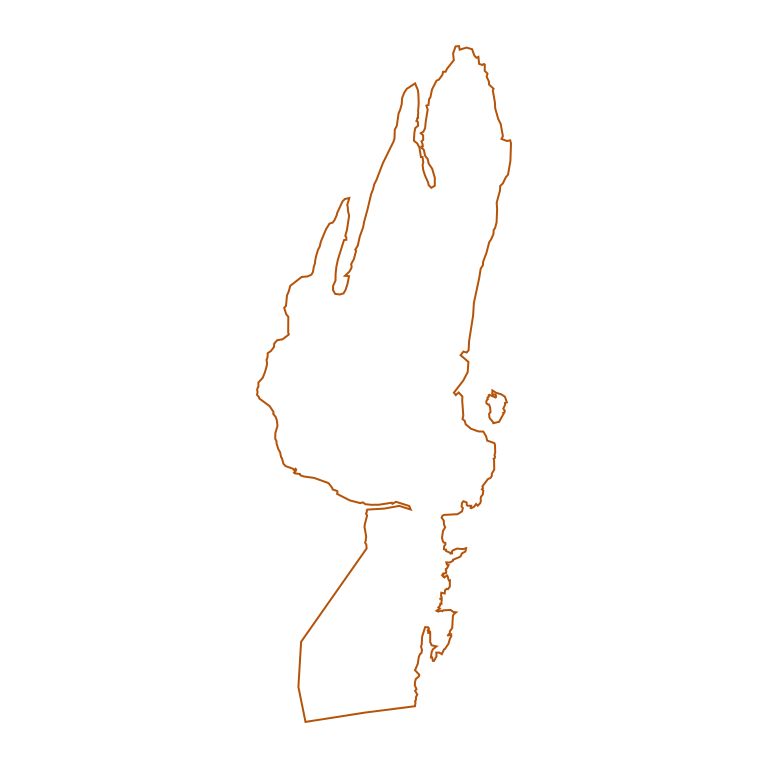 Lyngen nor, Troms, Norway (Albers equal-area conic projection)
{"feature_id": "86288312B24921561512033", "entity_name": "Lyngen nor", "entity_type": "district", "adm_level": 2, "iso_a3": "NOR", "parent_name": "Norway", "parent_adm1": "Troms", "projection": "albers", "projection_center": [20.09, 69.689], "detail": "fine", "context": "isolated", "style": "outline", "palette": "amber", "viewbox_px": 768, "rotation_deg": 0, "n_neighbors": 0, "source": "geoboundaries", "source_scale": "gbopen_adm2", "svg_char_len": 6092}
<svg xmlns="http://www.w3.org/2000/svg" viewBox="0 0 768 768"><path d="M305.5,721.9L364.8,712.6L415.0,706.2L415.5,702.5L415.0,701.3L415.9,700.1L416.0,697.1L417.3,694.6L415.1,690.8L416.5,689.2L414.7,685.0L415.1,683.8L414.8,682.9L415.8,679.0L418.9,676.4L419.3,674.8L415.0,670.2L417.8,663.7L418.8,656.9L420.0,654.2L421.4,653.0L422.0,650.0L421.0,646.6L421.7,644.5L422.1,636.8L425.1,627.2L428.2,627.3L428.9,628.4L427.7,630.5L428.4,631.5L428.2,632.9L429.1,633.0L429.3,630.8L430.2,632.0L430.2,642.1L431.6,645.3L436.5,646.4L432.9,649.3L431.7,651.8L430.9,657.4L432.1,657.4L432.9,660.9L434.0,660.9L436.5,656.4L436.3,652.6L439.4,652.6L441.8,654.2L444.0,649.4L445.0,648.9L448.5,643.7L450.0,638.5L451.3,636.3L451.2,634.4L447.4,635.8L449.8,633.1L449.9,631.2L452.2,628.1L452.9,615.9L453.7,614.3L456.1,612.3L453.3,611.9L450.6,610.0L443.3,610.3L442.4,611.2L441.1,610.6L438.2,611.6L436.6,610.8L439.8,608.4L438.4,607.4L439.9,605.8L440.3,603.8L441.4,604.0L441.5,600.8L441.8,600.1L441.6,599.0L439.5,598.9L441.7,598.2L441.5,596.6L441.0,595.9L441.3,592.7L444.7,593.5L445.0,590.2L446.7,588.8L447.9,589.2L449.8,586.7L449.9,580.4L449.1,580.7L448.4,579.4L447.7,576.3L447.0,575.4L444.3,577.5L442.9,576.3L443.3,575.3L442.2,575.0L443.2,573.5L446.0,573.1L446.3,571.2L445.8,570.3L445.8,569.0L446.9,568.5L448.6,565.1L446.9,564.5L446.3,562.4L450.0,562.5L453.1,560.6L453.1,559.7L459.9,556.9L460.9,555.9L461.8,553.5L465.4,551.5L466.1,548.2L462.9,549.1L457.0,548.6L452.8,550.4L451.9,551.5L452.0,553.4L450.4,553.5L450.2,552.8L446.1,551.0L446.0,549.7L443.9,549.3L444.1,546.3L445.4,544.5L445.4,543.0L443.7,542.5L442.8,541.0L442.0,537.9L443.0,531.0L445.2,527.3L444.0,524.7L443.8,520.7L441.6,517.7L442.5,515.7L444.2,514.9L457.5,514.2L462.0,511.4L462.9,508.1L461.6,506.7L461.9,503.2L463.4,501.2L466.6,502.4L466.9,505.2L467.7,505.7L471.1,505.8L470.6,507.9L471.3,508.2L474.1,506.7L476.1,504.0L477.7,505.7L480.2,503.2L480.9,500.9L480.6,498.8L481.0,496.7L482.8,494.5L483.3,490.6L481.9,489.3L483.0,488.1L482.4,486.4L487.8,479.2L490.6,477.8L491.7,476.1L491.9,473.5L494.2,469.7L494.1,460.2L493.6,458.8L494.7,458.1L495.0,456.5L494.5,455.2L495.2,452.5L495.0,445.0L494.4,443.1L487.2,440.6L486.1,436.3L483.3,431.6L478.3,431.4L470.9,428.7L465.7,424.3L464.7,420.8L462.5,419.1L463.3,415.7L462.2,400.6L462.4,396.5L458.7,392.5L455.8,395.1L453.9,392.7L463.3,380.5L467.7,372.1L468.4,361.9L460.6,355.2L463.4,351.6L466.7,352.5L468.6,350.2L469.1,341.0L473.1,315.6L473.9,302.9L479.2,278.1L480.7,268.6L482.9,265.3L483.1,261.8L486.5,252.7L489.2,242.2L491.1,239.4L493.4,234.2L493.7,230.0L495.1,228.0L496.6,222.1L497.1,209.4L496.7,202.6L500.0,190.4L500.2,186.0L502.8,183.5L505.8,177.3L508.0,174.7L510.4,161.1L511.0,143.5L510.2,140.3L506.9,141.0L501.5,138.9L502.9,136.2L500.7,124.0L498.2,118.9L495.2,108.3L494.9,102.4L492.8,90.5L493.6,88.8L489.1,84.6L488.9,81.5L486.7,76.8L487.5,73.6L484.7,70.8L484.8,64.6L483.8,64.0L482.4,65.0L479.1,63.9L478.4,56.9L476.4,57.8L474.3,55.5L472.1,49.2L466.5,47.6L459.7,49.7L459.0,46.1L455.6,46.4L453.1,53.4L453.8,60.2L447.0,68.8L445.7,71.7L443.1,71.8L442.3,75.0L438.9,79.6L436.5,80.7L432.0,89.5L430.3,97.6L429.1,99.0L428.5,104.9L426.4,105.6L427.7,109.5L425.7,121.8L425.1,128.2L423.3,131.8L420.8,133.2L423.1,135.3L423.2,139.9L421.5,141.3L422.6,144.2L422.8,146.4L421.4,146.6L421.8,148.0L423.8,149.8L425.1,155.7L427.7,159.1L428.7,163.6L432.2,168.8L434.8,177.8L434.8,185.7L431.3,187.8L428.7,185.2L428.1,182.4L425.0,175.5L423.2,169.9L422.6,165.0L423.3,162.5L422.5,157.0L420.9,157.1L419.5,147.8L417.3,143.5L413.9,140.7L414.4,132.5L415.3,128.0L418.1,125.7L417.8,121.8L416.4,121.0L417.2,119.7L417.2,118.2L418.1,117.9L417.9,115.1L418.3,112.8L418.1,111.6L418.7,102.9L418.3,93.3L417.8,89.9L415.1,83.4L406.8,88.8L404.3,92.5L402.1,98.1L401.7,104.2L400.2,109.7L398.6,113.3L396.8,125.8L394.8,129.6L394.5,138.5L393.6,141.4L382.9,163.1L376.5,179.9L374.2,184.4L373.0,189.5L371.2,193.9L367.6,209.1L364.0,222.3L363.2,227.0L359.7,236.8L357.8,245.6L355.3,249.6L356.1,250.7L353.9,259.1L351.1,264.2L351.6,266.0L351.4,268.1L349.3,271.7L345.0,275.8L349.0,276.2L347.5,283.9L345.6,289.8L343.5,293.4L339.8,294.5L335.2,293.9L333.0,290.1L333.1,286.0L335.5,280.5L335.6,274.0L336.4,266.6L337.9,259.6L344.0,240.1L346.3,239.8L346.3,237.2L345.3,235.8L347.0,229.6L349.1,215.8L348.0,210.8L347.7,206.4L347.2,205.1L349.3,198.0L344.9,199.0L342.5,201.4L337.3,212.7L336.6,215.5L334.5,220.1L332.7,222.6L329.5,223.6L326.1,229.1L320.9,241.5L319.7,246.6L318.0,249.8L316.0,256.5L315.0,261.6L315.2,262.6L313.8,266.7L313.0,271.8L311.4,274.7L307.6,276.4L301.6,277.0L290.3,285.8L288.6,291.8L287.0,295.3L286.0,305.9L284.2,307.8L286.2,314.2L288.3,316.8L288.2,332.5L288.8,334.5L282.6,339.3L277.2,340.2L274.2,343.6L274.0,346.9L271.0,350.9L267.7,353.2L267.5,357.5L266.5,359.9L267.1,363.2L266.7,366.0L264.9,372.3L262.7,377.8L258.4,382.5L258.4,386.8L257.6,387.9L257.1,390.1L257.6,392.0L257.0,394.8L258.8,396.9L259.3,398.5L269.6,406.1L273.3,411.6L273.6,413.0L273.2,413.8L275.6,416.9L276.7,419.7L277.5,425.8L275.4,433.0L275.2,438.7L276.5,441.1L276.5,443.2L278.3,449.1L280.1,452.3L281.1,457.2L281.9,458.1L283.5,463.9L285.6,466.1L293.1,468.8L294.1,470.2L295.5,468.8L296.2,469.6L295.1,472.1L294.1,472.7L294.8,473.4L299.9,474.0L300.4,475.3L303.9,476.5L314.1,477.9L328.5,483.1L332.2,487.9L332.7,489.5L337.2,491.0L337.5,492.0L337.1,493.9L349.8,500.4L360.2,503.1L362.9,502.4L365.3,504.2L371.2,504.8L379.1,504.7L391.9,502.7L392.4,503.8L396.0,501.8L409.2,506.0L410.7,509.5L399.3,505.9L384.2,508.6L367.3,509.6L366.7,510.6L366.9,511.8L366.0,513.6L367.0,515.2L366.9,516.3L364.9,524.0L364.5,527.0L366.2,536.6L365.7,540.7L365.1,542.7L366.3,544.5L366.6,548.5L301.1,641.8L298.4,687.0L305.5,721.9ZM501.4,394.4L495.9,392.7L492.4,390.4L492.2,393.3L492.6,394.2L495.6,394.8L496.1,396.1L496.0,396.9L495.6,397.5L489.4,394.8L488.7,395.2L488.8,396.7L487.7,397.4L487.4,398.0L487.9,399.1L486.6,400.4L486.3,402.0L486.4,403.2L487.7,404.4L489.0,404.5L490.1,407.4L490.5,412.1L489.1,413.8L489.4,417.4L490.1,418.6L493.1,422.2L493.3,423.2L499.1,421.8L503.7,413.5L503.3,412.9L504.4,412.4L504.8,410.9L503.3,408.6L505.1,404.8L504.9,403.0L506.9,402.4L504.9,396.7L501.4,394.4Z" fill="none" stroke="#b45309" stroke-width="2"/></svg>